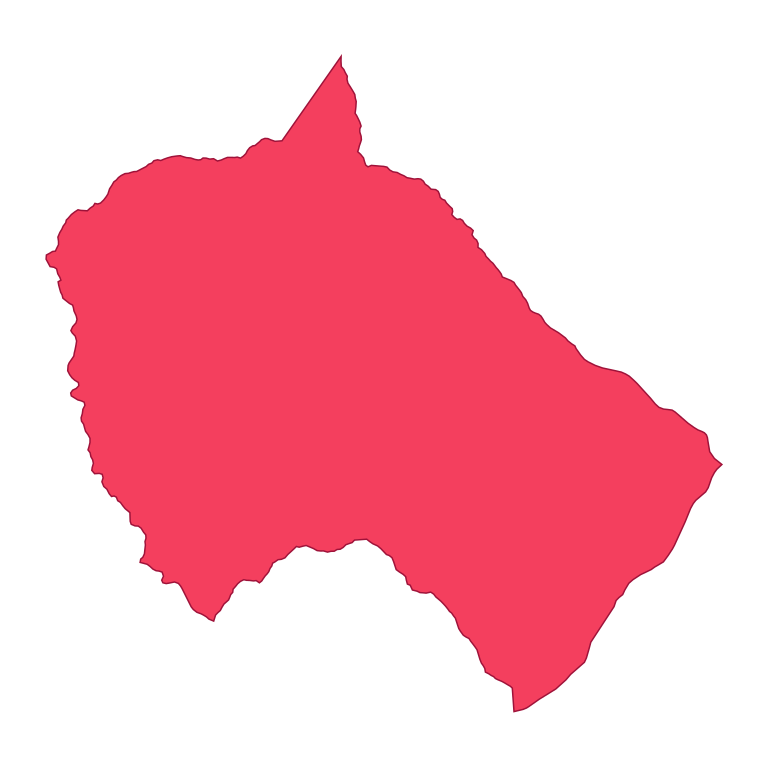 Selvíria, Mato Grosso do Sul, Brazil
{"feature_id": "56859067B49043027609774", "entity_name": "Selvíria", "entity_type": "district", "adm_level": 2, "iso_a3": "BRA", "parent_name": "Brazil", "parent_adm1": "Mato Grosso do Sul", "projection": "albers", "projection_center": [-51.796, -20.268], "detail": "fine", "context": "isolated", "style": "filled", "palette": "rose", "viewbox_px": 768, "rotation_deg": 0, "n_neighbors": 0, "source": "geoboundaries", "source_scale": "gbopen_adm2", "svg_char_len": 6031}
<svg xmlns="http://www.w3.org/2000/svg" viewBox="0 0 768 768"><path d="M721.9,464.5L714.4,458.5L709.7,451.7L708.4,444.0L707.9,441.1L707.4,437.6L706.4,434.9L704.4,432.8L702.1,431.6L697.9,429.9L694.0,427.5L688.0,423.2L675.1,412.0L672.1,410.1L667.6,409.5L663.6,409.1L658.9,407.3L655.2,403.9L650.5,398.2L647.0,394.4L637.2,383.6L633.8,380.3L629.3,376.2L625.6,374.0L621.3,372.1L616.1,370.9L609.6,369.5L602.6,368.0L595.2,365.4L587.8,361.7L584.4,359.4L580.5,354.9L576.0,348.5L574.9,345.9L571.6,343.8L567.8,340.8L565.4,337.9L558.6,332.8L550.4,327.9L546.7,324.5L544.8,322.4L543.0,319.2L541.0,316.1L538.6,314.2L535.3,313.1L532.8,312.0L530.5,310.4L529.2,308.1L527.6,303.3L525.7,299.7L522.8,296.4L521.3,292.6L519.5,290.1L517.7,287.8L515.6,285.2L514.0,282.4L510.9,280.5L506.1,278.5L502.3,277.0L501.2,274.0L499.7,271.8L498.0,269.6L496.2,267.6L494.5,265.3L492.9,263.2L490.5,261.2L488.3,258.7L486.0,256.4L484.8,253.5L481.5,249.7L478.0,247.4L478.1,243.5L476.6,240.1L474.1,238.1L472.0,234.8L473.2,230.6L470.6,228.1L467.1,226.2L464.3,223.3L462.6,220.4L460.1,218.9L457.0,219.4L454.1,217.2L451.8,214.6L452.7,211.5L452.2,208.6L449.5,206.1L446.5,203.0L444.8,200.2L442.3,199.3L440.2,197.4L439.4,194.2L438.2,191.4L435.7,189.6L431.1,189.2L428.3,186.3L425.1,184.1L423.4,181.2L420.8,179.1L418.0,178.7L414.3,179.1L410.5,178.3L407.0,177.7L404.0,175.8L400.5,174.3L397.2,172.5L392.9,171.8L389.7,170.0L387.0,167.1L383.7,166.4L379.9,166.1L371.4,165.4L368.0,166.8L365.8,165.2L364.7,162.2L363.5,157.9L360.6,154.3L357.7,151.7L358.6,149.0L359.3,146.0L360.6,142.3L361.4,139.7L361.1,136.2L359.8,132.0L359.8,128.8L361.1,126.1L359.8,122.1L358.2,118.7L356.7,115.7L355.1,113.3L355.6,109.5L355.9,106.7L356.2,101.4L355.3,98.2L354.8,94.5L353.3,91.8L350.7,87.5L347.9,83.1L347.0,79.2L347.3,76.2L345.2,72.5L343.9,69.6L341.3,66.6L341.0,61.2L341.1,56.4L282.0,140.8L278.2,141.1L274.9,141.3L270.9,139.9L267.9,138.6L264.9,138.4L261.5,139.7L259.7,141.6L257.3,143.6L255.1,145.5L252.6,145.9L249.7,147.7L247.4,150.6L245.9,153.6L243.4,156.1L240.5,158.1L237.3,157.1L234.7,157.5L231.3,157.4L227.5,157.4L224.1,158.7L221.3,160.0L217.5,161.0L213.6,158.7L209.8,159.1L206.1,158.1L203.0,158.0L200.8,159.7L198.2,160.0L194.9,159.4L190.8,158.0L186.4,157.6L182.9,156.6L180.3,155.7L176.8,156.0L171.8,156.7L167.5,157.9L164.1,159.1L160.8,160.5L157.6,159.8L153.9,160.7L151.8,163.1L148.6,164.3L146.1,166.6L141.6,168.9L136.6,171.5L134.0,171.6L131.4,172.3L128.5,173.3L125.0,173.6L121.2,175.5L118.4,177.6L116.4,180.0L113.8,181.9L111.9,185.3L109.6,188.8L108.7,191.6L107.9,194.1L106.0,197.0L103.7,200.0L100.5,203.1L97.7,204.0L94.9,203.4L93.3,206.0L90.2,208.1L87.3,210.8L80.7,210.4L78.0,209.8L74.9,211.8L71.4,214.5L68.2,218.2L66.3,220.1L65.7,222.8L63.2,226.1L61.8,229.3L59.9,232.4L57.9,237.1L58.5,241.3L58.5,244.7L56.6,248.5L55.4,251.1L52.5,251.5L49.4,253.4L46.4,255.0L46.1,259.2L50.1,266.6L54.1,267.3L56.6,268.9L57.8,273.8L59.9,277.4L60.9,280.2L58.1,281.8L58.7,285.1L59.8,289.2L60.7,292.3L62.1,294.9L62.9,298.2L69.4,303.4L72.6,305.1L73.4,307.7L74.0,311.0L76.2,315.8L77.0,319.4L76.0,322.9L72.7,326.6L70.9,330.6L72.3,333.0L75.3,336.2L76.6,341.0L76.0,345.0L75.1,349.6L74.3,352.9L73.8,356.1L71.7,359.2L69.1,363.0L68.1,365.5L67.7,370.8L69.7,374.7L72.0,377.8L74.8,380.3L78.4,382.5L78.8,385.7L76.3,388.4L72.6,390.2L70.7,393.0L71.3,395.9L77.8,399.9L81.4,400.9L84.2,402.2L84.9,405.4L82.9,409.3L82.3,413.8L81.1,417.8L81.5,421.1L83.6,424.2L84.6,428.0L85.6,431.4L88.0,434.6L90.0,438.3L90.0,442.5L88.9,447.0L88.0,449.9L90.1,452.7L90.9,456.7L92.6,459.7L93.4,463.4L92.2,467.5L91.8,470.4L94.6,473.7L99.3,473.4L102.2,474.3L103.1,477.8L101.9,481.8L103.8,486.5L106.9,489.2L109.2,493.7L111.5,496.5L114.1,496.0L116.4,497.2L117.7,500.7L120.4,502.4L123.0,506.0L125.2,508.7L129.9,512.6L130.2,521.3L131.2,524.3L135.0,525.9L138.3,526.1L141.1,528.2L143.7,532.4L145.8,534.9L146.0,538.2L145.0,541.6L145.4,545.0L144.4,553.9L142.8,557.3L140.7,559.1L140.1,562.4L143.9,563.4L147.2,564.3L150.0,566.4L152.9,569.1L156.0,570.7L159.1,571.1L162.1,572.1L163.5,576.2L161.7,580.2L162.9,582.8L166.2,583.6L169.6,583.0L174.5,582.0L178.4,583.4L180.5,585.9L182.0,588.4L191.2,606.8L193.3,609.5L196.9,612.3L201.3,613.9L203.7,615.2L206.5,616.9L208.9,619.1L213.7,621.1L215.6,615.0L217.9,612.6L220.3,610.5L222.2,606.9L224.0,604.0L226.3,602.0L228.6,599.9L229.7,597.3L230.7,594.6L232.7,592.4L233.1,589.2L235.9,586.0L237.6,583.8L240.4,581.4L243.8,579.7L246.5,580.3L249.4,580.4L253.5,580.9L256.2,580.6L259.4,582.8L261.7,581.0L263.5,578.3L265.2,575.9L267.1,573.9L268.8,571.6L270.0,568.5L271.8,566.0L272.6,563.2L275.1,561.8L278.0,559.7L281.4,559.3L285.0,557.8L287.8,554.5L291.1,551.5L293.8,549.0L296.4,546.5L299.2,547.2L303.2,546.1L306.2,545.5L313.4,548.5L317.1,550.6L320.9,551.0L323.4,550.9L327.5,552.1L330.9,551.3L334.3,551.2L337.0,549.5L340.3,549.2L343.2,547.4L345.9,544.7L349.6,543.4L352.1,542.6L354.5,540.1L366.7,539.2L369.7,541.6L372.9,543.8L377.6,545.9L380.8,548.6L383.2,551.1L386.4,554.5L389.2,555.5L392.0,557.7L393.6,561.6L396.2,569.6L399.3,571.9L403.1,574.3L405.7,576.7L406.4,580.4L407.4,584.1L410.2,585.2L412.4,590.0L417.1,591.2L420.0,592.6L423.0,592.8L426.1,593.1L430.7,592.1L433.7,594.1L435.9,597.0L438.1,598.8L440.9,601.2L443.5,603.9L445.6,606.2L447.9,609.1L449.5,611.4L451.6,613.0L453.5,615.8L455.4,618.2L457.6,625.0L458.8,628.6L460.4,631.2L463.3,635.2L466.0,637.0L469.0,638.5L470.7,641.2L472.5,643.5L474.9,646.7L477.0,649.7L479.9,659.3L481.4,663.1L483.2,665.6L484.8,668.5L485.4,672.1L488.8,673.8L491.3,675.5L493.6,676.6L495.4,678.5L497.8,679.7L501.9,681.4L504.6,682.9L507.8,684.8L510.4,686.3L512.3,688.1L514.0,711.6L523.1,709.4L526.5,708.0L528.6,706.7L539.1,699.3L555.9,688.9L559.1,686.0L565.9,679.9L570.7,674.3L584.4,662.3L586.4,658.0L589.1,648.6L590.8,642.2L614.0,606.7L616.1,600.5L619.0,597.5L622.7,594.6L624.8,590.0L628.8,583.3L632.9,579.7L640.8,574.5L644.7,572.7L651.3,569.5L654.7,567.0L658.2,565.0L661.0,563.3L663.4,561.9L668.2,555.4L672.4,549.0L674.5,545.1L685.2,521.7L688.0,514.8L690.6,508.4L693.3,503.5L695.8,500.3L705.6,491.9L708.2,487.7L711.7,477.7L714.4,472.6L716.8,469.3L721.9,464.5Z" fill="#f43f5e" stroke="#9f1239" stroke-width="1.5"/></svg>